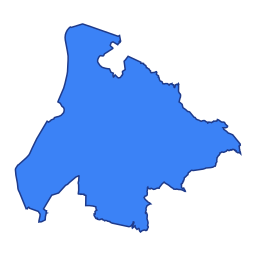 Atoyac, Jalisco, Mexico (Robinson projection)
{"feature_id": "50627088B59976990100146", "entity_name": "Atoyac", "entity_type": "district", "adm_level": 2, "iso_a3": "MEX", "parent_name": "Mexico", "parent_adm1": "Jalisco", "projection": "robinson", "projection_center": [-103.437, 20.007], "detail": "fine", "context": "isolated", "style": "filled", "palette": "blue", "viewbox_px": 256, "rotation_deg": 0, "n_neighbors": 0, "source": "geoboundaries", "source_scale": "gbopen_adm2", "svg_char_len": 5874}
<svg xmlns="http://www.w3.org/2000/svg" viewBox="0 0 256 256"><path d="M19.5,192.4L26.1,208.7L26.5,208.5L27.4,208.8L27.8,207.8L28.8,207.2L29.7,208.3L38.3,211.4L40.1,214.2L40.0,216.1L39.0,220.6L38.9,222.0L39.6,221.8L40.6,221.9L41.6,221.7L45.2,219.9L45.4,216.7L46.1,213.8L46.3,213.2L46.8,213.0L46.2,212.8L46.5,210.8L45.7,210.7L43.5,208.9L51.7,195.2L58.6,193.0L65.6,185.3L67.6,184.3L69.3,182.6L75.9,177.0L78.8,175.8L79.0,175.9L78.6,181.3L78.3,181.9L78.2,183.2L78.6,184.7L78.7,190.1L78.2,194.4L78.3,194.1L80.9,194.0L80.9,194.3L84.0,194.2L84.2,195.1L85.7,195.3L85.9,195.4L85.7,205.6L89.5,205.6L92.9,206.0L95.8,206.8L96.1,209.2L96.7,209.9L96.8,210.2L96.1,210.5L95.0,211.5L95.2,213.9L94.1,213.9L94.1,215.5L95.8,218.3L96.0,218.2L97.3,218.3L97.2,219.2L99.4,219.7L100.7,219.4L101.1,219.0L102.4,219.1L102.5,219.7L103.1,219.8L104.3,220.4L104.6,220.8L105.2,220.5L106.1,220.5L106.9,220.7L107.7,221.2L110.0,221.6L110.2,222.2L112.1,223.1L128.9,226.7L130.0,226.5L131.1,225.8L132.2,224.5L133.2,222.8L133.2,222.0L133.7,221.9L133.9,222.3L133.9,222.8L132.1,227.1L132.4,228.1L133.8,227.0L134.4,226.0L135.0,225.8L135.0,226.5L135.6,227.9L137.0,229.4L138.2,228.6L138.7,228.4L139.0,228.5L139.4,230.4L139.8,231.2L140.5,232.0L141.9,230.8L143.5,230.2L144.9,230.0L145.4,230.5L146.6,230.4L147.2,229.8L147.3,229.5L147.1,229.4L148.2,227.4L148.2,226.6L147.9,226.0L147.6,226.0L147.5,225.7L148.1,223.0L147.8,221.3L147.0,218.8L147.3,215.0L146.6,213.0L146.1,212.6L145.8,212.7L145.5,213.1L145.4,212.9L146.2,209.8L146.0,208.3L146.9,205.9L147.6,205.5L147.9,205.1L149.1,204.5L149.5,204.1L150.7,203.9L149.6,202.9L148.3,202.3L145.1,199.3L144.1,197.6L144.1,197.4L144.8,196.8L145.0,196.2L146.3,195.8L146.9,195.3L147.2,194.8L147.3,192.6L147.0,191.5L147.3,190.5L147.5,187.4L147.8,187.1L148.1,188.2L148.5,188.6L149.4,188.6L149.8,188.9L150.3,188.9L150.8,188.6L151.0,188.3L151.8,188.5L153.6,189.4L155.1,189.1L155.7,188.7L157.4,188.1L159.2,188.2L159.4,187.4L162.0,184.0L164.1,182.1L165.0,183.0L168.6,185.1L171.4,187.4L172.9,188.2L173.7,189.1L176.1,189.3L176.6,189.0L178.5,189.5L180.8,189.6L182.5,190.1L184.9,191.4L185.2,191.4L184.7,190.5L184.9,190.4L184.7,190.2L184.5,189.3L184.0,188.9L183.7,188.1L183.4,188.3L182.4,188.4L181.5,187.3L181.5,185.4L181.3,184.7L181.4,184.4L181.2,184.1L181.9,183.5L182.2,183.6L182.4,183.4L182.4,182.9L182.8,182.5L183.0,182.0L182.9,181.3L183.5,181.1L183.6,180.3L183.8,180.2L184.2,178.9L184.4,177.5L185.4,177.0L187.0,175.3L187.8,174.8L187.9,174.6L188.3,172.8L190.1,171.5L190.6,170.9L191.5,170.3L193.4,170.5L203.0,169.1L205.0,168.5L206.0,168.0L210.6,167.6L212.8,167.2L214.7,166.1L215.2,166.2L215.8,164.7L215.7,163.4L216.4,162.7L216.9,161.4L216.7,160.4L217.0,158.6L216.9,158.0L218.6,155.4L219.0,155.3L219.7,154.2L220.0,153.0L220.3,153.1L221.7,152.0L223.8,152.3L226.5,151.1L227.1,150.2L227.8,149.9L228.5,150.5L229.2,150.6L230.1,150.3L230.3,149.8L231.0,149.9L231.1,149.7L231.4,149.7L231.6,150.1L231.8,150.1L231.9,149.8L232.8,149.3L234.2,149.6L234.3,150.0L234.9,150.5L235.2,150.2L235.5,150.5L235.5,150.9L235.7,151.0L236.0,151.5L236.3,151.3L236.4,151.9L236.9,152.1L237.2,152.4L238.0,152.8L238.6,152.4L238.8,152.4L239.4,152.8L239.6,152.7L240.1,152.9L240.1,153.2L240.6,153.7L240.3,152.0L239.6,150.3L239.7,149.6L239.4,148.6L239.4,147.6L239.1,146.4L239.4,146.1L239.3,145.8L240.0,145.5L240.3,145.1L240.1,144.4L240.2,144.1L239.6,143.5L239.7,143.4L232.7,134.8L229.4,133.4L228.4,133.2L226.5,131.3L223.7,129.3L223.5,128.3L223.1,127.8L225.4,127.8L226.8,127.4L227.4,126.9L227.6,126.1L225.5,124.2L224.5,122.4L223.6,122.1L222.0,122.1L221.2,121.8L218.5,119.9L217.4,119.5L217.0,120.8L217.3,120.8L216.9,121.0L216.7,120.8L216.4,121.0L214.3,121.2L213.6,121.1L213.4,121.5L213.0,121.6L212.6,122.0L212.2,122.0L211.6,122.6L209.6,122.1L207.9,122.9L208.0,122.2L207.5,122.3L205.5,121.4L205.0,120.8L204.1,120.5L202.7,120.7L201.1,121.3L199.0,120.2L196.4,119.3L195.1,117.5L194.0,117.2L189.7,112.0L188.9,111.6L187.7,111.5L185.7,109.6L183.1,107.8L182.9,107.5L182.1,104.3L179.5,102.1L179.1,101.9L179.9,98.5L180.4,97.3L180.6,95.6L180.5,94.6L180.3,94.1L179.5,93.3L178.8,92.1L178.5,91.1L178.6,85.9L178.4,85.4L178.8,84.6L178.4,83.5L177.4,84.6L176.6,84.3L175.6,84.8L174.7,87.5L174.3,87.5L174.0,87.1L173.7,84.8L172.6,84.8L172.1,84.3L172.0,83.5L171.3,83.9L170.4,83.9L169.7,84.3L169.1,85.1L167.9,83.9L167.2,83.6L165.4,83.6L164.2,83.9L162.9,83.7L162.0,81.7L161.1,81.3L160.6,81.3L159.9,80.6L159.4,79.5L158.9,77.3L158.3,77.2L158.5,75.9L158.1,75.5L156.9,74.8L156.4,74.3L156.8,72.4L156.4,71.7L156.0,71.7L154.6,72.4L151.1,72.7L150.5,71.9L150.5,70.8L149.8,70.4L149.0,69.0L148.1,68.6L147.0,67.7L146.4,67.7L145.9,65.8L145.5,65.3L144.5,64.9L144.1,64.5L143.6,64.3L143.6,63.5L142.9,63.3L140.8,63.3L140.8,62.2L128.1,56.3L125.4,59.9L124.1,61.2L125.2,69.6L122.5,71.4L122.5,72.7L122.7,73.4L122.7,74.3L122.1,75.4L121.9,75.3L120.4,77.5L118.3,77.9L117.9,77.7L115.1,74.9L113.8,76.9L114.1,77.3L113.3,76.9L113.0,74.8L113.3,73.2L111.0,72.3L109.5,68.9L107.7,68.7L105.5,68.3L102.7,67.5L101.5,66.9L100.9,66.2L100.1,65.7L97.9,62.4L97.6,61.5L97.7,59.7L98.7,57.3L100.0,55.8L100.8,55.6L101.9,55.9L103.2,55.9L103.7,55.5L104.4,53.9L112.8,48.5L112.8,48.0L112.5,47.6L110.9,46.4L110.2,45.3L111.2,42.7L113.0,41.8L117.7,44.7L118.2,43.7L118.5,43.7L119.2,42.9L119.7,42.4L120.0,42.4L120.5,41.4L119.5,41.4L120.4,40.1L119.6,35.8L119.4,35.8L119.4,35.6L118.2,36.3L117.3,36.0L91.1,26.8L82.8,24.0L82.4,24.0L71.3,27.4L70.3,27.0L68.9,28.2L67.2,30.3L66.1,32.5L65.4,34.6L65.1,37.5L65.3,40.1L67.4,51.2L68.1,56.0L68.1,60.0L67.5,71.8L67.0,74.8L65.1,83.1L63.7,88.1L58.7,99.8L57.9,101.9L60.3,103.3L62.0,106.4L63.0,107.0L63.8,108.0L64.1,109.0L64.2,110.2L63.8,112.2L63.5,112.8L61.2,115.3L58.6,116.5L57.0,116.8L54.4,117.6L53.9,118.9L51.2,119.9L50.6,120.6L48.6,122.1L47.1,121.2L36.7,138.8L32.2,148.1L29.7,153.6L28.8,155.1L26.4,157.7L18.6,164.7L17.8,165.1L16.0,167.9L15.6,168.6L15.4,169.8L15.9,175.1L17.4,183.1L18.0,188.8L18.5,190.4L19.5,192.4Z" fill="#3b82f6" stroke="#1e3a8a" stroke-width="1.5"/></svg>